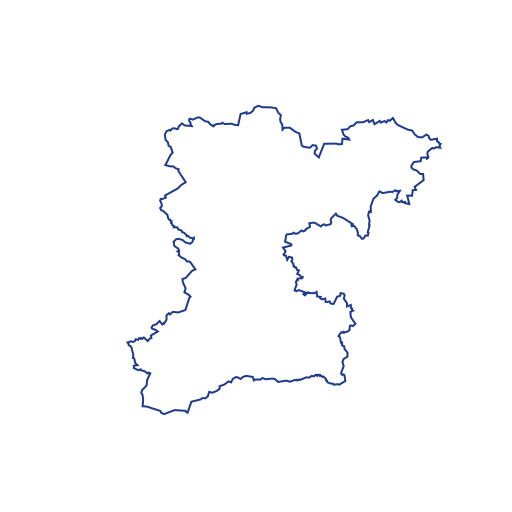 Castlecomer Lea-6, Kilkenny, Ireland (Mercator projection), rotated 296°
{"feature_id": "5873133B64283034933999", "entity_name": "Castlecomer Lea-6", "entity_type": "district", "adm_level": 2, "iso_a3": "IRL", "parent_name": "Ireland", "parent_adm1": "Kilkenny", "projection": "mercator", "projection_center": [-7.296, 52.74], "detail": "fine", "context": "isolated", "style": "outline", "palette": "blue", "viewbox_px": 512, "rotation_deg": 296, "n_neighbors": 0, "source": "geoboundaries", "source_scale": "gbopen_adm2", "svg_char_len": 6149}
<svg xmlns="http://www.w3.org/2000/svg" viewBox="0 0 512 512"><g transform="rotate(296 256 256)"><path d="M73.5,242.6L81.8,250.4L86.0,260.6L85.1,262.0L85.2,263.2L96.7,261.8L102.8,269.1L104.7,270.0L106.0,273.0L108.7,274.2L113.4,273.5L113.7,275.9L114.4,277.1L117.4,279.8L120.7,281.5L123.0,280.4L126.7,284.0L131.3,286.3L131.5,289.0L135.3,289.0L138.4,291.0L138.9,293.1L138.7,296.0L141.6,297.3L143.9,299.6L145.9,306.1L143.2,308.6L144.8,309.7L147.0,314.3L149.1,315.2L149.5,318.9L153.1,324.6L153.6,327.2L152.5,331.1L157.2,337.8L158.0,341.8L161.8,345.4L161.8,346.5L162.6,346.8L162.5,348.0L164.1,349.1L163.9,349.9L169.1,354.5L169.9,357.0L172.6,358.5L173.2,360.7L175.3,361.7L175.1,362.6L175.8,363.0L175.4,363.8L176.5,364.0L176.9,365.0L176.3,365.9L177.2,366.2L176.4,368.5L177.2,369.2L176.3,372.5L174.9,373.3L175.2,374.2L173.8,375.6L174.0,378.7L175.0,381.3L174.4,382.4L176.6,385.5L176.7,387.1L182.8,391.1L187.6,387.8L188.0,386.6L187.1,385.9L187.0,384.8L188.6,383.7L195.4,383.1L198.7,380.1L201.8,379.9L205.7,382.3L209.3,380.6L211.2,376.4L213.6,374.7L213.4,372.6L215.5,371.3L216.6,371.8L215.4,370.4L219.8,367.1L220.2,365.2L224.9,366.1L225.4,368.4L226.2,368.1L226.2,369.0L228.4,371.6L230.5,372.5L234.1,371.0L235.2,371.6L235.4,373.7L238.6,375.1L242.5,368.2L247.0,365.3L249.2,367.0L249.1,366.1L251.0,365.4L250.9,364.1L253.5,362.7L250.6,359.9L253.4,358.5L256.2,353.6L259.6,352.9L260.6,351.4L259.7,348.3L257.2,349.1L254.9,346.7L247.0,346.8L246.3,345.2L246.1,343.6L247.5,342.1L245.5,339.8L245.3,338.6L248.1,336.9L245.9,334.2L246.2,332.2L247.6,332.1L246.4,328.7L250.3,326.2L248.1,324.7L245.8,319.5L246.2,318.6L242.1,317.2L242.5,315.3L244.8,316.1L244.1,309.3L241.9,307.6L242.2,305.6L248.0,305.1L250.1,303.3L252.2,303.2L252.5,304.2L254.0,303.4L256.3,307.3L257.5,307.2L257.0,306.1L258.0,303.6L257.9,300.9L261.8,300.9L261.5,299.0L263.3,297.0L262.8,295.8L263.7,294.7L263.3,294.3L265.4,292.8L266.8,290.1L268.6,290.3L270.4,289.2L269.7,285.9L266.3,285.7L269.5,282.7L268.9,281.0L269.4,280.1L273.1,280.6L275.4,276.6L280.9,283.1L282.1,282.6L281.6,275.9L288.0,274.0L289.3,274.7L291.3,278.2L293.5,279.7L293.0,280.8L294.5,283.6L298.9,285.7L298.8,287.7L300.9,289.3L301.8,288.9L305.9,291.8L308.8,289.6L311.0,292.6L311.6,294.5L311.0,301.4L313.5,302.3L314.4,303.6L314.0,305.3L317.2,309.0L319.0,309.1L320.8,307.4L322.8,307.1L329.1,309.2L327.8,311.3L328.4,317.4L327.1,328.8L326.1,328.1L324.7,328.9L326.0,330.9L324.6,334.4L321.7,337.4L319.4,338.2L319.1,339.1L319.6,340.2L317.9,343.6L318.7,344.9L322.5,345.4L323.3,347.6L326.2,346.9L326.3,346.0L333.4,344.7L333.5,343.9L337.7,342.6L341.6,339.0L345.4,338.1L346.3,338.8L345.1,340.4L351.0,337.3L359.0,336.5L363.4,338.3L368.2,338.6L368.1,342.3L372.7,348.6L373.1,350.4L376.3,352.6L375.7,353.7L377.6,356.7L373.3,356.2L369.9,357.4L367.5,356.5L366.9,359.6L367.4,361.6L369.6,362.7L368.5,364.2L369.9,366.2L368.8,366.8L369.9,371.0L376.6,365.4L378.6,369.9L383.8,368.0L385.5,370.8L387.8,368.3L397.7,373.4L403.0,370.2L401.7,367.6L403.2,363.4L402.9,359.0L403.6,356.9L405.4,356.1L409.7,356.7L413.4,362.5L416.8,361.4L419.5,366.2L418.4,366.9L419.4,367.6L420.6,367.6L422.7,365.3L425.1,364.7L430.4,367.0L430.5,368.6L432.8,370.3L434.0,374.1L435.0,372.8L437.5,372.7L437.1,371.9L438.4,370.3L438.3,368.6L440.8,367.2L437.1,362.3L437.5,360.5L439.6,358.5L439.8,355.9L435.4,353.3L433.9,349.4L435.0,345.1L437.2,341.5L436.1,337.1L435.9,326.3L436.7,323.4L440.1,318.6L436.0,316.9L436.2,315.3L433.1,314.5L433.7,312.4L430.6,309.7L431.7,308.0L426.4,304.7L429.5,301.4L425.9,299.1L427.3,297.2L423.1,293.5L420.2,287.8L415.9,286.4L414.2,284.1L410.1,282.7L407.1,277.9L403.5,281.5L402.6,283.6L402.7,287.2L401.5,288.8L399.3,282.3L394.4,284.2L392.8,281.8L392.1,278.7L386.8,268.1L372.1,269.2L373.7,263.8L376.3,262.9L379.2,263.7L381.5,261.6L380.5,258.3L376.9,257.0L375.0,250.7L375.4,248.7L385.1,241.3L384.9,237.2L386.1,230.1L383.8,225.4L381.2,224.5L385.6,222.0L387.0,219.6L389.3,217.8L393.5,216.6L394.4,213.4L397.6,209.2L396.0,203.9L392.5,196.5L392.1,192.4L388.7,189.5L385.6,189.7L382.1,188.3L379.8,185.3L381.1,184.5L376.9,179.9L365.7,182.6L364.3,178.2L364.4,176.4L360.9,170.1L361.0,167.4L359.8,166.9L357.0,162.3L354.1,160.9L354.6,160.4L353.9,159.9L354.5,156.6L355.7,154.3L354.8,151.2L355.8,144.9L355.0,142.8L351.0,139.6L350.5,136.6L349.6,136.0L348.0,136.8L347.3,138.5L345.7,139.4L344.6,141.3L342.1,134.7L342.7,131.3L338.1,129.7L336.2,130.2L335.4,129.5L335.0,126.6L333.8,124.8L331.3,124.1L331.6,123.2L328.9,120.9L325.0,120.9L320.8,123.8L319.5,127.1L316.8,129.1L316.6,131.6L312.3,135.8L309.6,134.9L298.0,134.7L299.0,139.9L300.3,142.3L299.6,145.4L300.1,148.4L298.4,148.9L291.5,160.5L287.7,158.0L282.1,155.9L270.5,147.7L269.0,149.4L265.9,146.6L265.4,145.3L263.7,145.6L261.6,148.2L259.5,149.5L257.1,148.8L255.6,150.7L255.9,152.5L254.3,158.1L251.2,160.8L250.5,162.2L250.9,163.0L249.8,164.3L250.1,164.8L248.6,165.0L248.9,165.7L247.2,167.1L246.9,169.0L245.9,169.3L246.7,170.0L246.2,170.5L247.3,172.9L245.8,174.3L246.3,177.6L245.0,179.4L245.4,180.6L244.5,184.3L243.4,185.0L244.2,186.3L243.5,188.8L244.2,191.4L245.1,192.1L244.3,192.3L244.7,193.3L243.6,192.2L240.7,192.7L238.1,191.4L237.3,186.4L238.2,182.7L237.4,178.6L235.9,176.8L232.6,175.7L229.2,178.3L228.5,182.9L227.0,184.7L225.8,183.6L225.7,184.8L224.3,186.0L222.9,186.0L222.0,189.6L222.1,193.5L220.8,196.5L221.8,198.1L221.6,199.8L217.4,207.4L214.8,205.1L205.4,202.4L203.1,200.0L200.5,201.6L196.1,206.9L192.0,207.6L191.6,212.6L190.7,215.0L189.3,214.4L176.5,216.2L171.2,210.9L169.3,205.7L165.8,204.3L166.4,202.7L163.2,201.6L159.6,203.5L154.8,203.0L154.9,202.3L153.4,201.9L155.2,197.8L151.2,196.5L148.3,193.7L145.7,193.5L145.1,194.7L145.6,197.9L145.1,200.8L138.5,196.4L136.5,197.9L135.2,196.7L132.1,196.0L133.6,190.9L131.7,190.1L132.0,188.7L130.9,188.5L131.0,187.0L128.9,186.7L128.5,184.4L126.1,184.3L124.8,183.1L124.6,181.1L122.0,178.4L121.2,180.1L120.1,180.6L119.9,183.0L119.0,184.3L113.3,189.1L110.5,190.0L110.8,190.8L109.7,192.2L107.1,194.0L105.9,197.3L103.8,194.3L101.7,195.3L101.8,200.3L103.6,202.1L102.9,202.8L103.6,206.5L102.9,210.1L104.2,210.6L104.2,212.4L97.0,212.5L91.6,214.4L85.3,212.4L82.5,213.0L81.8,214.6L77.3,217.6L71.2,220.0L72.7,223.4L74.8,237.9L73.6,239.4L73.5,242.6Z" fill="none" stroke="#1e3a8a" stroke-width="2"/></g></svg>